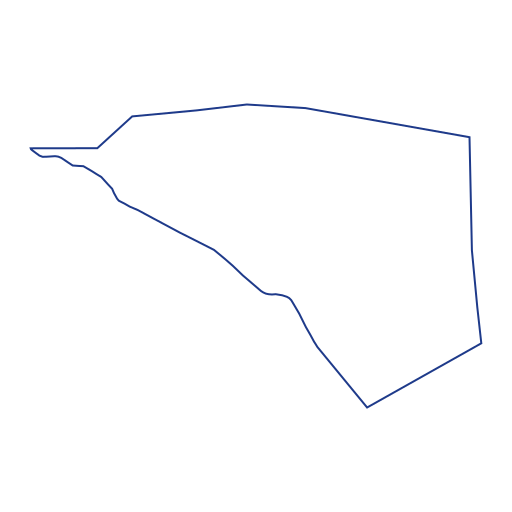 Bayantal, Dornogovi, Mongolia
{"feature_id": "93677404B54852332365527", "entity_name": "Bayantal", "entity_type": "district", "adm_level": 2, "iso_a3": "MNG", "parent_name": "Mongolia", "parent_adm1": "Dornogovi", "projection": "natural_earth1", "projection_center": [108.074, 46.665], "detail": "fine", "context": "isolated", "style": "outline", "palette": "blue", "viewbox_px": 512, "rotation_deg": 0, "n_neighbors": 0, "source": "geoboundaries", "source_scale": "gbopen_adm2", "svg_char_len": 1010}
<svg xmlns="http://www.w3.org/2000/svg" viewBox="0 0 512 512"><path d="M30.7,148.3L31.0,149.2L32.0,150.1L34.0,151.6L36.8,153.7L37.7,154.3L39.1,155.4L40.3,156.0L41.0,156.2L41.8,156.5L42.2,156.7L42.7,156.8L43.0,156.8L46.8,156.7L54.7,156.2L55.1,156.2L56.9,156.4L57.9,156.6L58.2,156.6L61.3,157.9L68.3,162.6L72.7,165.5L78.1,165.9L83.4,166.2L92.1,171.3L96.5,174.1L101.3,177.0L108.0,184.4L109.7,186.2L111.2,187.8L112.1,188.7L114.0,193.1L117.1,198.7L118.8,200.7L121.7,202.2L124.5,203.6L129.7,206.6L137.7,210.0L152.9,218.2L180.0,232.7L186.8,236.1L214.0,249.9L217.4,252.7L225.0,259.0L232.9,265.9L242.8,275.4L261.0,291.0L263.2,292.4L265.8,293.6L268.6,294.2L271.9,294.5L275.7,294.2L282.3,295.3L286.9,296.8L289.2,298.1L291.2,300.1L292.9,302.9L299.2,313.6L304.1,323.5L305.9,327.1L310.6,335.3L314.0,341.6L315.3,343.6L317.4,347.0L367.1,407.5L481.3,343.3L477.3,307.3L471.9,250.3L469.5,137.2L305.5,108.1L246.8,104.5L196.5,110.4L132.2,116.4L97.3,148.2L32.4,148.3L30.7,148.3Z" fill="none" stroke="#1e3a8a" stroke-width="2"/></svg>